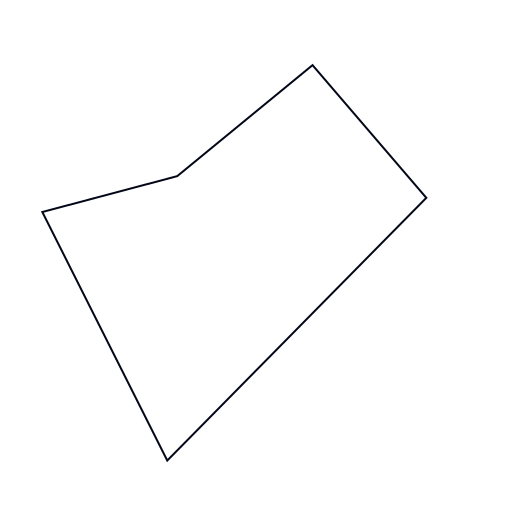 Aiwo, orthographic projection, rotated 247°
{"feature_id": "NRU-4972", "entity_name": "Aiwo", "entity_type": "state/province", "adm_level": 1, "iso_a3": "NRU", "parent_name": "Nauru", "parent_adm1": "", "projection": "orthographic", "projection_center": [166.914, -0.531], "detail": "fine", "context": "isolated", "style": "outline", "palette": "ink", "viewbox_px": 512, "rotation_deg": 247, "n_neighbors": 0, "source": "natural_earth", "source_scale": "10m", "svg_char_len": 236}
<svg xmlns="http://www.w3.org/2000/svg" viewBox="0 0 512 512"><g transform="rotate(247 256 256)"><path d="M243.0,435.5L102.4,94.4L380.0,76.5L360.3,214.7L409.6,382.6L243.0,435.5Z" fill="none" stroke="#020617" stroke-width="2"/></g></svg>